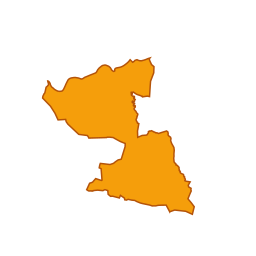 the district of Rimin Gado, Kano, Nigeria, rotated 202°
{"feature_id": "59680162B46553103488347", "entity_name": "Rimin Gado", "entity_type": "district", "adm_level": 2, "iso_a3": "NGA", "parent_name": "Nigeria", "parent_adm1": "Kano", "projection": "orthographic", "projection_center": [8.273, 11.925], "detail": "fine", "context": "isolated", "style": "filled", "palette": "amber", "viewbox_px": 256, "rotation_deg": 202, "n_neighbors": 0, "source": "geoboundaries", "source_scale": "gbopen_adm2", "svg_char_len": 4488}
<svg xmlns="http://www.w3.org/2000/svg" viewBox="0 0 256 256"><g transform="rotate(202 128 128)"><path d="M133.9,201.1L135.4,199.9L137.1,198.2L138.6,196.9L140.8,195.3L142.6,194.7L144.5,194.6L145.2,194.7L146.1,194.0L146.9,193.3L147.3,192.1L148.3,190.7L151.6,192.1L152.3,189.7L153.4,187.4L155.0,184.7L156.4,182.9L157.9,181.5L161.4,179.2L162.1,178.4L162.3,177.4L161.9,176.6L161.7,175.9L162.4,175.1L163.6,175.2L164.8,175.6L165.9,176.5L167.0,177.3L169.0,178.0L171.7,178.0L172.9,177.8L174.8,176.6L175.6,175.7L177.2,172.8L177.9,170.6L178.0,169.5L178.2,168.0L178.6,167.0L181.0,164.7L182.6,163.2L185.6,160.2L187.1,158.8L188.5,156.7L189.7,155.9L192.6,155.8L195.8,155.1L197.1,154.5L199.6,153.0L200.9,151.7L201.6,150.1L201.8,147.9L202.0,145.2L202.0,143.5L202.2,140.1L202.5,138.6L202.8,137.9L203.5,137.2L205.0,136.4L206.8,135.9L208.8,136.0L210.7,136.3L212.1,136.9L214.3,137.5L216.0,138.9L217.0,140.2L218.0,141.0L219.3,141.6L220.0,141.5L219.5,140.7L218.7,139.8L217.9,138.3L218.3,136.9L219.2,135.1L218.8,132.7L218.6,131.6L218.5,130.9L218.3,129.4L218.3,129.2L218.7,128.0L218.7,127.1L218.7,126.8L218.8,126.0L218.7,125.1L218.4,123.8L208.1,119.2L201.3,114.4L195.9,109.3L189.0,112.6L187.7,110.7L185.1,109.0L171.4,103.7L171.0,103.7L162.9,105.8L161.7,105.1L161.4,104.8L160.5,104.0L144.3,111.1L143.8,111.7L141.3,112.7L138.1,113.6L136.3,113.3L130.1,112.6L124.8,112.6L123.7,109.7L122.7,98.1L122.6,96.5L125.2,94.7L127.0,92.0L128.2,89.8L131.0,87.4L135.7,86.1L140.4,84.8L140.3,83.0L139.8,80.3L137.7,80.2L132.6,70.0L132.7,69.6L133.0,69.4L139.0,69.0L140.6,64.4L142.9,62.4L143.2,55.3L141.1,54.9L140.0,55.2L139.2,55.7L138.5,55.7L138.0,56.2L137.0,56.3L136.8,56.9L135.0,57.9L132.9,59.0L127.8,60.5L126.3,62.2L123.3,62.4L121.6,59.1L118.6,58.1L116.7,59.0L109.8,59.9L109.8,62.7L105.1,61.7L104.1,60.2L102.4,60.6L101.2,61.9L97.7,62.5L94.5,63.4L92.6,63.1L88.4,63.1L86.1,63.4L78.9,64.7L76.5,64.8L73.1,66.2L71.1,67.6L68.0,69.0L63.7,70.8L57.9,65.9L57.9,66.0L54.0,69.4L43.3,72.4L36.0,72.1L37.1,79.8L41.2,82.3L45.9,84.8L45.9,90.3L45.8,93.3L46.5,94.2L46.8,95.1L46.9,95.7L49.7,96.1L50.7,97.5L50.2,101.3L51.1,101.1L53.8,100.5L55.4,100.4L55.7,100.7L55.6,101.1L55.6,101.6L55.7,102.0L56.1,102.4L56.6,102.7L57.1,102.9L57.1,103.8L57.6,104.0L58.3,104.2L58.5,104.6L58.6,105.0L59.0,105.5L59.4,105.7L59.9,105.8L60.4,105.7L61.3,105.8L62.3,105.9L62.7,106.1L63.0,106.4L63.3,106.8L63.3,107.3L63.8,107.3L64.2,107.6L64.3,108.0L64.8,108.1L65.0,108.8L65.4,109.4L65.7,109.8L65.8,110.4L66.2,110.8L66.9,111.1L67.7,111.5L68.2,111.8L68.7,111.8L69.4,111.7L69.8,111.8L69.8,112.3L70.2,112.7L70.6,112.8L71.1,113.0L71.4,113.2L72.0,113.4L72.6,113.9L74.3,117.1L74.8,119.1L75.7,121.1L76.8,124.7L78.2,127.2L80.2,128.8L81.7,130.0L83.7,132.2L84.2,134.3L85.1,135.4L86.9,135.8L88.3,136.6L88.7,138.0L89.6,139.3L91.1,139.7L95.2,136.4L97.2,134.7L97.8,134.3L98.7,134.5L99.3,134.2L100.0,134.2L100.7,133.9L101.6,134.2L103.1,134.0L103.9,134.3L104.5,134.2L105.2,134.3L106.3,133.4L106.5,133.2L107.1,133.2L107.4,132.6L107.7,132.3L107.3,131.3L107.7,129.3L108.0,128.5L108.9,128.0L112.1,126.4L115.5,123.0L118.1,128.8L118.4,130.5L119.6,136.1L120.9,136.0L121.1,136.3L121.3,136.8L122.0,137.0L122.5,137.5L123.0,138.0L123.6,138.6L123.7,139.3L123.6,140.6L123.6,140.9L124.0,141.4L124.0,141.6L123.8,142.1L124.0,142.5L124.0,142.8L123.9,143.5L123.9,144.0L124.2,144.7L125.7,145.3L127.0,146.5L127.8,146.8L128.4,147.1L128.9,147.4L129.4,147.8L129.7,148.4L129.6,148.8L129.5,149.2L129.2,149.6L129.2,150.2L129.3,150.6L129.4,150.9L129.5,151.2L129.8,151.3L130.1,151.2L130.2,150.8L130.4,150.6L130.7,150.6L131.2,150.6L131.5,151.0L131.5,151.4L131.6,151.9L131.5,152.4L131.1,152.6L130.9,152.9L131.3,153.5L131.7,153.5L132.1,153.4L132.9,153.1L133.5,153.2L133.8,153.6L134.0,154.2L133.9,154.6L133.6,154.7L133.3,154.6L132.6,154.8L132.1,155.1L132.0,155.5L132.2,155.8L132.2,156.4L132.1,156.7L132.0,157.1L132.4,157.3L132.5,157.1L133.1,157.0L133.7,157.4L133.9,158.0L133.5,158.1L133.5,158.9L133.8,159.5L134.3,159.7L134.7,159.6L134.7,159.3L135.0,159.2L135.9,159.3L136.5,159.6L137.1,159.8L137.4,160.2L137.4,160.6L137.1,160.5L136.9,160.4L136.8,160.9L136.8,161.3L137.0,161.6L137.4,161.6L137.5,161.4L137.9,161.3L138.1,161.6L138.3,161.9L138.4,162.3L137.1,162.8L136.6,163.3L135.2,163.0L133.3,162.6L132.0,162.5L130.2,162.6L128.5,162.7L127.2,162.6L126.7,162.8L126.5,162.7L126.3,162.5L126.2,162.3L125.8,162.5L125.6,162.7L124.9,163.1L122.0,164.8L119.8,165.2L121.1,169.1L123.0,174.8L124.6,179.8L124.8,188.8L126.9,194.6L129.9,195.6L133.0,198.5L134.2,200.0L133.9,201.1Z" fill="#f59e0b" stroke="#b45309" stroke-width="1.5"/></g></svg>